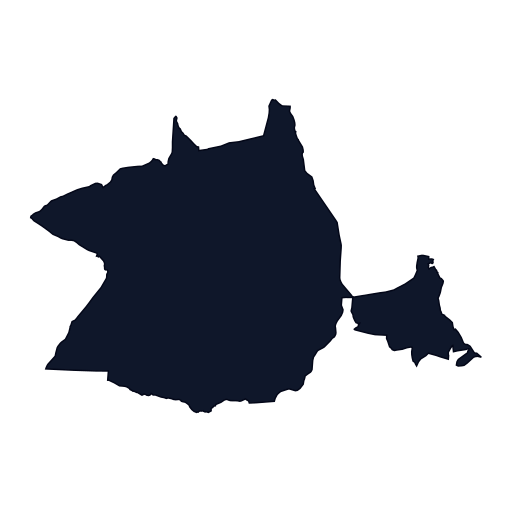 Olcea, Bihor, Romania (Mercator projection)
{"feature_id": "2599482B34496276641764", "entity_name": "Olcea", "entity_type": "district", "adm_level": 2, "iso_a3": "ROU", "parent_name": "Romania", "parent_adm1": "Bihor", "projection": "mercator", "projection_center": [21.974, 46.668], "detail": "fine", "context": "isolated", "style": "filled", "palette": "ink", "viewbox_px": 512, "rotation_deg": 0, "n_neighbors": 0, "source": "geoboundaries", "source_scale": "gbopen_adm2", "svg_char_len": 6058}
<svg xmlns="http://www.w3.org/2000/svg" viewBox="0 0 512 512"><path d="M481.3,357.2L476.7,353.2L475.6,353.2L474.3,352.8L470.1,346.3L467.5,344.6L465.2,344.4L464.1,343.7L463.4,342.9L461.2,337.5L458.1,332.3L455.4,329.1L454.2,329.7L453.6,328.6L452.9,326.5L452.3,322.6L449.7,320.0L444.7,316.1L444.6,315.4L441.7,314.1L441.2,312.1L440.5,310.8L440.2,309.5L440.1,308.1L439.3,305.1L438.7,300.7L438.1,298.4L438.2,297.7L438.7,296.8L440.0,293.3L440.4,291.9L441.3,287.4L442.9,283.4L443.3,281.3L443.1,280.7L441.3,278.6L439.9,278.0L437.7,273.6L437.9,272.8L437.7,272.5L437.0,272.4L436.9,272.0L437.0,271.8L436.4,270.1L435.8,269.9L434.0,266.6L432.3,267.4L431.3,267.4L429.0,268.9L428.3,267.4L428.7,265.4L428.2,263.7L430.9,262.7L432.0,263.5L432.6,263.4L433.1,262.1L432.6,261.2L433.3,259.5L431.9,259.0L428.7,259.1L428.7,256.6L423.0,255.4L421.7,255.4L417.9,256.2L418.1,256.9L418.1,258.3L417.2,262.5L416.7,266.0L416.7,267.9L417.3,270.5L415.4,275.0L414.0,277.9L413.6,278.3L405.1,284.1L397.5,288.0L393.9,290.0L385.7,292.1L380.2,292.8L354.0,297.1L352.6,296.6L352.1,296.8L351.6,295.5L342.1,284.3L340.9,282.1L339.9,279.5L339.7,277.7L340.2,261.1L341.1,248.3L341.2,245.6L341.0,244.0L339.1,235.2L337.1,222.5L335.6,220.1L314.2,188.8L315.1,188.5L313.7,185.0L313.1,180.8L311.8,177.0L306.9,173.4L304.7,170.7L303.3,159.5L302.3,156.2L302.1,154.4L302.4,152.9L303.2,152.1L303.1,150.0L302.4,147.0L298.4,140.4L298.2,139.6L297.3,138.7L296.1,135.4L295.3,132.5L295.8,132.0L295.8,131.7L295.7,131.5L294.9,131.1L294.4,128.7L294.3,127.6L294.9,125.1L294.7,122.8L294.0,120.0L292.7,116.5L290.8,113.9L289.9,112.3L289.5,111.1L290.1,107.9L290.1,106.3L282.4,106.0L281.5,105.5L278.8,103.5L275.4,100.0L273.7,100.3L273.2,100.1L273.1,99.7L272.4,99.6L271.6,100.4L269.0,106.1L269.4,109.5L269.2,113.0L268.4,117.8L263.6,135.8L238.8,141.8L229.2,142.9L221.0,146.2L208.4,148.8L207.6,149.4L198.8,150.6L198.5,147.0L196.7,146.7L193.8,143.9L190.7,140.5L186.1,136.0L184.3,135.3L182.9,133.1L181.4,131.7L180.2,128.9L179.2,128.1L178.4,126.7L177.8,124.9L177.7,123.9L176.4,121.4L176.3,120.6L176.9,118.0L176.1,116.5L175.7,116.4L174.0,118.4L172.5,141.8L172.5,147.6L172.3,151.7L172.0,153.0L171.7,153.7L168.9,158.5L168.2,161.5L168.1,164.0L167.7,164.4L166.4,165.0L165.3,165.8L163.7,165.5L162.8,164.8L161.5,163.3L160.8,161.9L160.2,161.8L159.9,161.2L159.0,160.3L157.2,159.7L155.3,159.8L155.1,159.7L155.0,159.2L154.6,159.0L153.3,158.7L152.5,160.1L151.3,161.5L149.4,163.1L142.1,166.3L138.1,166.4L128.3,167.4L122.6,168.3L120.3,168.9L116.4,172.7L113.5,175.1L112.4,177.1L111.9,179.8L110.5,182.1L107.1,184.9L105.7,185.5L103.0,187.6L101.5,184.6L97.6,183.3L95.5,183.4L90.4,185.8L90.5,186.3L89.3,186.7L82.1,188.3L77.3,189.8L67.5,194.1L63.1,196.3L60.6,196.9L56.5,199.1L51.7,200.8L51.2,201.1L47.3,205.2L45.3,205.8L44.4,206.3L42.0,209.4L40.1,211.2L38.9,211.8L35.6,212.9L33.3,214.3L32.6,215.1L31.0,216.2L30.7,217.7L31.8,218.3L33.9,220.7L41.5,225.6L48.0,230.3L53.0,234.3L58.2,236.5L61.0,238.1L62.5,238.7L68.4,240.2L71.5,240.2L74.1,240.7L76.8,242.5L79.3,244.7L87.3,249.6L89.2,250.5L96.9,253.1L97.3,254.7L96.8,255.3L96.6,256.1L97.4,255.9L98.3,256.9L99.3,256.2L100.4,257.3L103.6,260.9L104.3,262.4L104.6,263.5L104.6,264.5L104.3,265.9L104.6,266.8L104.6,268.3L104.8,269.3L105.4,269.8L106.8,269.9L107.5,270.2L107.7,270.6L107.9,272.3L107.0,273.9L106.8,274.6L106.7,277.1L106.5,278.3L101.1,287.6L93.0,297.6L89.0,303.1L86.1,306.9L77.9,316.7L76.8,318.2L75.1,320.2L72.1,321.6L70.8,325.6L70.2,326.4L70.1,327.6L68.9,332.6L65.7,338.8L65.2,339.5L61.6,342.1L60.4,343.2L58.0,346.3L57.2,347.8L55.8,353.2L55.3,355.8L55.0,356.4L48.0,364.2L47.2,365.5L46.2,367.7L45.8,368.9L74.1,370.2L95.8,370.9L108.4,371.0L107.7,380.2L108.8,380.2L114.2,382.7L119.5,385.8L123.3,386.1L125.4,386.4L127.1,387.0L129.5,388.5L130.0,389.5L132.2,390.6L132.9,391.2L133.8,391.2L134.8,391.5L136.5,392.4L137.6,392.5L141.8,395.1L142.8,394.9L143.0,394.4L144.0,394.1L146.1,394.6L146.4,395.0L146.8,395.2L148.6,395.5L149.8,395.1L150.6,394.5L151.1,393.4L151.5,393.5L152.8,394.8L153.6,395.0L155.2,394.9L161.0,397.0L164.2,397.6L166.4,398.4L168.1,397.9L171.7,398.7L173.5,399.4L175.7,399.7L178.9,399.4L180.0,399.8L180.9,400.4L181.3,401.2L182.5,401.6L185.3,402.2L187.3,403.6L189.0,405.0L189.9,407.1L191.9,409.6L194.2,411.5L195.3,411.8L196.3,412.4L196.8,412.1L198.3,412.1L199.0,411.2L201.0,410.9L201.7,411.1L203.1,410.7L203.5,411.3L204.3,411.5L205.1,412.0L205.7,411.6L208.6,412.4L209.2,411.9L211.1,410.9L211.1,408.5L212.1,407.7L212.6,407.6L213.7,406.1L215.4,405.8L215.7,404.5L220.9,402.3L224.3,400.0L226.1,399.4L227.2,399.5L229.3,400.3L230.6,400.6L237.2,400.7L239.8,401.2L241.2,400.9L245.5,398.9L246.6,399.9L247.5,400.2L248.7,401.1L249.3,403.0L256.1,402.7L274.3,401.3L275.1,398.4L277.1,394.6L278.5,393.2L280.6,391.5L288.2,389.0L289.7,389.0L295.4,390.7L297.4,390.3L300.0,388.4L303.2,384.2L303.8,380.6L304.4,379.1L304.9,377.1L304.8,376.5L305.5,375.7L307.4,374.2L310.5,372.1L311.2,371.2L312.0,369.6L312.7,360.4L313.5,357.0L314.7,355.3L317.2,351.2L318.1,350.3L322.9,347.8L324.3,346.9L330.3,340.8L332.2,338.3L334.3,336.9L334.9,335.9L335.7,334.2L335.9,332.7L335.5,328.0L335.2,326.2L335.5,324.7L336.1,323.1L337.3,320.8L341.2,315.5L342.6,312.2L343.0,309.8L341.3,305.3L341.9,297.7L345.6,297.4L352.8,297.5L351.9,307.8L351.2,310.7L351.3,311.5L353.0,314.7L353.2,316.6L353.5,317.6L354.8,320.6L356.1,322.7L358.3,323.4L359.7,323.2L359.3,324.1L358.4,324.7L358.3,326.4L357.9,326.8L355.7,328.0L354.3,329.2L354.9,329.8L368.1,333.2L375.0,334.6L386.7,335.2L386.6,338.6L387.7,341.0L389.6,346.8L391.2,348.1L392.3,349.7L394.4,350.5L396.7,350.0L402.4,349.2L406.9,347.7L410.8,347.0L412.2,347.4L412.2,348.8L411.7,351.7L411.8,354.6L412.3,357.9L413.1,361.1L414.8,362.3L415.6,364.2L416.6,365.9L418.4,361.9L420.7,358.9L425.8,355.7L428.3,353.2L436.3,355.4L440.3,356.8L448.3,359.2L448.6,355.5L448.3,354.4L448.3,352.2L450.4,348.4L452.0,346.0L452.8,345.5L453.5,351.7L457.3,350.8L465.7,349.5L468.6,348.6L469.2,349.0L469.1,349.7L467.8,351.2L467.8,352.6L458.4,359.4L457.7,360.5L457.0,361.8L456.4,365.1L458.2,366.0L461.9,365.7L464.1,365.3L467.2,363.0L473.4,357.3L475.1,356.6L477.6,356.3L481.3,357.2Z" fill="#0f172a" stroke="#020617" stroke-width="1.5"/></svg>